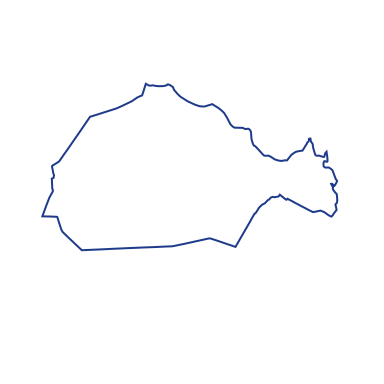 an SVG outline of Niger, rotated 210°
{"feature_id": "NER", "entity_name": "Niger", "entity_type": "country or territory", "adm_level": 0, "iso_a3": "NER", "parent_name": "Africa", "parent_adm1": "", "projection": "mercator", "projection_center": [6.366, 17.607], "detail": "fine", "context": "isolated", "style": "outline", "palette": "blue", "viewbox_px": 384, "rotation_deg": 210, "n_neighbors": 0, "source": "natural_earth", "source_scale": "50m", "svg_char_len": 3122}
<svg xmlns="http://www.w3.org/2000/svg" viewBox="0 0 384 384"><g transform="rotate(210 192 192)"><path d="M286.1,262.6L283.1,262.6L281.3,263.2L279.1,264.9L276.7,265.6L273.7,267.0L271.8,268.2L270.0,269.2L267.5,271.5L266.7,273.2L264.3,273.6L260.9,273.3L258.7,271.5L253.6,269.7L250.4,268.9L248.9,268.7L241.2,268.4L233.0,269.1L228.8,270.0L228.0,270.2L225.7,271.3L223.7,272.5L218.4,278.2L211.3,278.0L207.2,277.4L203.7,276.5L198.7,273.8L192.5,269.8L190.2,269.2L188.0,268.9L187.3,269.0L180.0,273.0L178.6,272.9L176.9,273.4L175.7,274.4L174.9,274.9L174.0,275.0L172.9,274.7L171.7,274.1L170.6,273.0L167.6,268.5L167.0,267.7L165.7,266.4L163.5,264.3L162.0,263.4L161.2,263.1L160.1,263.3L154.2,261.5L148.3,259.6L147.0,259.9L146.1,260.3L144.1,261.7L141.7,261.9L138.6,261.8L137.0,261.6L134.3,262.1L132.5,262.6L130.1,263.6L127.1,266.1L126.2,266.5L125.5,266.9L124.5,273.9L123.6,276.0L122.1,278.8L119.1,281.5L117.0,283.1L116.9,285.2L116.8,288.8L116.7,291.2L116.9,292.8L116.5,293.5L116.4,294.2L116.5,295.3L117.0,295.8L117.3,296.4L117.1,296.9L116.1,297.5L115.0,296.0L113.6,294.8L112.1,294.3L111.1,293.5L110.5,292.4L108.5,290.2L103.9,285.9L103.5,285.8L102.7,285.6L101.4,286.1L100.6,286.8L100.0,287.1L99.2,287.2L97.0,287.7L95.2,288.4L95.2,289.0L96.0,292.3L95.6,294.1L94.9,293.2L92.3,289.9L90.6,287.4L90.3,286.9L90.0,286.1L90.2,285.7L90.9,285.4L92.5,285.1L92.8,284.8L92.9,284.2L92.6,282.9L91.7,281.2L90.8,280.1L90.3,279.9L89.3,279.8L88.3,280.0L86.3,281.4L85.5,281.6L83.4,281.5L81.6,281.2L80.5,280.5L77.3,277.8L73.7,274.9L72.2,274.4L71.8,274.1L71.6,271.9L71.6,269.2L71.8,268.5L73.3,268.9L74.9,269.1L75.5,268.6L74.2,267.7L72.3,266.7L71.7,265.2L71.1,264.7L70.3,264.2L69.4,263.9L68.4,263.5L67.8,263.1L66.7,262.9L65.6,262.6L63.9,260.2L62.3,257.9L61.4,256.1L61.1,255.0L61.6,253.1L61.1,252.4L59.3,250.5L57.8,248.7L58.2,246.0L58.5,243.7L58.5,242.2L58.7,241.4L58.9,240.5L59.9,240.2L62.4,240.2L67.3,240.7L71.1,240.2L71.4,240.1L74.1,237.7L77.1,235.1L81.7,234.8L86.6,234.6L90.5,234.4L96.2,234.2L100.7,234.1L106.0,233.9L106.2,232.7L106.5,232.4L107.0,232.4L110.9,233.0L114.6,233.6L114.8,231.4L118.1,228.6L119.9,228.0L120.3,227.5L120.9,226.6L121.3,225.1L121.4,224.1L122.1,223.2L122.6,221.6L123.2,218.8L125.0,215.9L126.1,212.0L126.2,208.1L126.4,205.2L127.0,204.6L127.0,199.4L126.9,194.2L126.9,189.7L126.9,184.2L126.9,179.4L126.9,174.1L126.9,169.4L126.9,166.2L130.6,165.5L134.4,164.7L140.0,163.6L146.1,162.4L152.7,161.0L154.2,160.2L159.2,155.6L161.4,153.6L165.9,149.5L169.4,146.3L173.8,142.3L178.4,138.2L182.1,135.0L188.0,131.3L196.7,125.7L205.5,120.2L214.3,114.6L223.1,109.0L231.9,103.4L240.7,97.7L249.5,92.1L258.3,86.5L267.2,88.6L275.6,90.6L284.0,92.7L286.0,93.8L290.5,97.8L296.2,103.0L296.5,103.0L302.3,100.0L309.4,96.1L311.3,106.7L312.7,115.8L312.8,121.6L312.9,123.1L313.5,124.1L314.8,125.2L320.1,133.5L319.0,134.9L319.8,137.5L321.2,138.6L325.6,143.6L326.2,144.5L325.9,145.3L322.8,151.1L322.3,152.5L321.7,159.9L321.2,165.1L320.6,172.2L319.9,180.7L319.3,187.8L318.6,197.3L317.9,206.2L313.4,211.0L305.5,219.7L299.1,226.7L295.8,231.3L289.5,240.5L286.7,246.4L284.6,249.4L283.5,250.7L284.4,255.1L286.1,262.6Z" fill="none" stroke="#1e3a8a" stroke-width="2"/></g></svg>